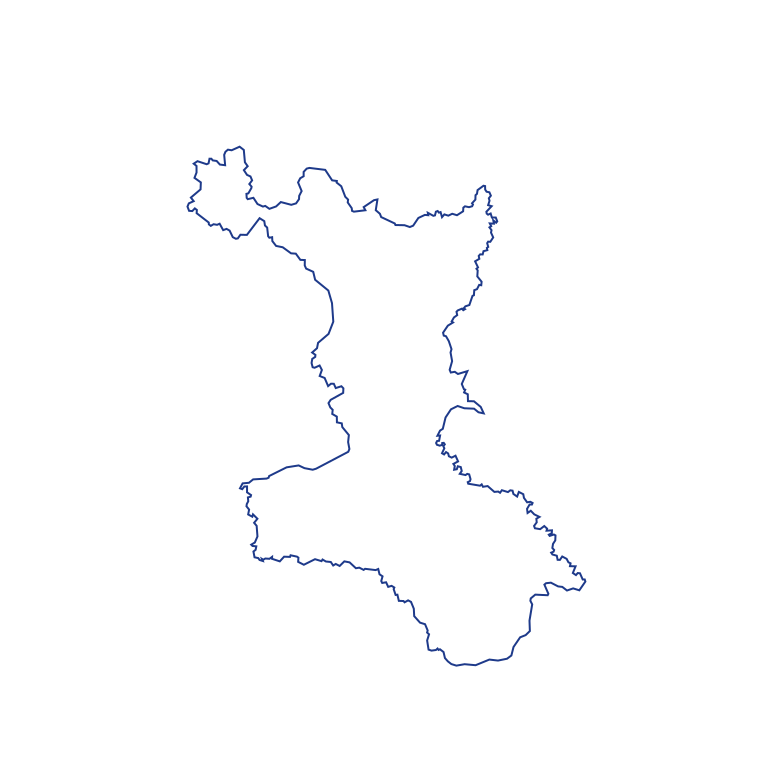 Catalão, Goiás, Brazil, rotated 116°
{"feature_id": "56859067B92835735196425", "entity_name": "Catalão", "entity_type": "district", "adm_level": 2, "iso_a3": "BRA", "parent_name": "Brazil", "parent_adm1": "Goiás", "projection": "albers", "projection_center": [-47.718, -17.979], "detail": "fine", "context": "isolated", "style": "outline", "palette": "blue", "viewbox_px": 768, "rotation_deg": 116, "n_neighbors": 0, "source": "geoboundaries", "source_scale": "gbopen_adm2", "svg_char_len": 6166}
<svg xmlns="http://www.w3.org/2000/svg" viewBox="0 0 768 768"><g transform="rotate(116 384 384)"><path d="M269.4,651.6L270.2,648.1L276.1,645.2L281.8,644.7L283.1,637.0L289.5,634.2L301.1,639.3L303.1,635.2L307.2,638.6L310.7,638.4L313.8,635.1L312.6,632.1L309.1,631.0L309.6,628.5L312.6,627.3L315.7,612.3L317.3,611.4L317.8,609.0L315.1,607.2L314.1,603.8L312.0,602.0L316.2,596.0L313.6,593.5L313.8,590.0L318.3,584.3L318.4,580.8L317.2,579.2L312.8,578.5L310.1,572.6L289.5,568.5L290.1,563.0L293.7,560.5L294.6,557.6L302.0,552.9L302.8,551.2L301.1,548.9L304.5,547.0L307.2,541.5L305.5,535.0L307.3,524.8L305.5,520.4L309.1,513.6L307.3,509.5L312.2,507.2L314.4,504.6L314.2,496.8L320.5,491.6L324.4,475.0L334.1,466.2L350.2,456.9L363.3,455.8L375.9,461.3L381.2,459.9L387.2,462.4L387.9,458.4L389.8,457.7L392.9,459.5L396.9,458.3L400.2,455.5L399.8,453.5L395.6,450.0L398.6,446.0L405.0,445.3L404.6,440.0L410.4,433.3L407.0,431.8L405.8,429.2L408.8,425.6L404.7,421.3L405.7,418.6L409.9,416.8L421.6,425.0L425.5,425.5L428.6,422.0L429.7,418.8L433.6,417.4L434.0,412.1L439.1,409.5L437.9,404.7L441.0,402.6L445.3,393.2L451.9,390.8L457.6,386.6L460.6,386.4L489.9,407.9L492.3,410.5L494.5,418.6L494.6,425.0L501.6,435.0L517.1,446.9L518.8,446.6L520.5,448.1L527.1,459.8L532.0,462.1L535.3,467.5L540.9,467.7L540.7,465.3L537.3,464.6L536.1,462.2L541.4,459.6L542.1,454.8L543.7,454.5L545.6,456.6L548.9,454.6L552.0,454.7L554.2,454.0L556.0,450.2L560.8,448.9L561.0,444.2L558.6,444.6L560.6,438.7L565.7,439.9L567.3,436.3L576.5,430.9L583.1,430.6L586.6,432.9L587.2,431.2L585.9,427.6L589.3,426.7L591.8,427.9L596.5,424.4L595.6,420.7L596.7,418.7L596.2,415.3L594.7,417.0L594.8,415.4L592.9,414.2L591.3,410.3L588.4,408.8L590.2,408.0L589.1,399.9L583.0,398.1L580.6,392.7L578.9,392.9L577.3,386.5L577.6,384.8L581.5,383.2L581.6,376.8L571.7,369.2L570.6,362.5L568.7,362.3L569.0,358.4L567.3,353.8L569.4,350.1L566.9,348.5L567.0,344.1L560.8,341.9L559.4,336.7L561.9,328.5L559.9,325.7L560.0,320.8L558.4,320.0L554.9,309.9L552.8,308.1L557.0,304.6L557.5,301.0L562.3,300.1L563.6,298.4L561.3,295.2L564.5,291.3L562.1,288.7L562.4,285.5L564.1,285.4L568.5,281.1L567.5,279.6L572.4,275.6L570.5,271.3L571.2,269.8L567.9,267.5L568.0,264.2L572.9,258.7L579.4,255.1L582.7,247.0L581.9,241.8L586.4,236.7L588.5,236.3L589.2,233.8L595.6,232.8L603.2,227.5L602.8,224.4L600.3,220.7L598.3,219.9L599.1,218.4L597.9,217.4L598.8,213.0L603.6,209.1L605.3,205.0L606.2,200.7L605.4,195.5L600.5,188.7L596.6,178.4L585.5,168.5L582.6,160.3L577.0,153.0L572.2,150.5L563.6,152.3L552.0,150.6L547.6,146.6L542.1,144.6L532.9,149.5L517.1,154.2L514.7,157.4L512.4,158.1L507.0,155.7L502.1,144.3L500.5,144.3L494.0,151.9L492.0,151.0L489.4,146.9L489.6,138.8L488.2,134.8L489.4,129.0L484.8,124.4L483.8,118.0L473.3,116.4L471.7,117.9L472.6,119.7L468.2,124.9L469.0,127.0L471.6,127.7L471.1,131.4L463.9,131.9L466.2,137.0L463.4,137.7L463.4,140.1L461.1,143.2L460.9,148.2L465.0,148.8L465.9,150.9L462.6,153.4L463.4,157.9L462.3,159.8L460.4,158.1L458.6,158.3L457.6,160.8L453.6,162.0L449.5,161.5L444.9,163.5L444.8,165.3L447.9,168.5L447.2,169.8L444.5,167.8L441.9,168.9L444.6,173.6L442.5,174.0L441.4,177.7L446.0,180.0L447.5,185.1L445.8,186.9L441.4,186.1L438.3,188.0L435.3,186.0L435.3,191.8L433.6,196.5L437.0,198.4L433.5,200.7L428.5,200.3L427.5,198.2L425.8,198.3L425.7,200.8L427.6,203.5L425.0,208.3L422.0,210.5L421.9,215.5L426.8,215.0L426.1,219.5L423.5,221.7L424.2,223.9L426.8,225.2L427.8,231.5L430.9,232.0L430.6,234.2L432.6,237.5L430.3,246.1L433.0,250.0L431.4,252.2L433.3,253.1L436.7,264.6L435.5,265.7L433.6,264.2L431.6,264.5L427.9,267.8L428.3,269.8L430.1,270.8L431.5,276.5L428.1,276.0L425.0,278.6L425.6,281.6L428.7,281.2L430.3,283.4L426.7,284.4L425.4,286.6L421.1,283.5L417.1,288.3L420.5,290.9L420.5,294.0L418.3,295.9L418.0,298.4L421.0,299.1L420.8,301.5L415.3,301.6L413.9,303.4L411.6,302.9L410.7,304.5L411.5,305.8L413.3,305.1L415.0,306.9L415.4,309.8L414.2,311.3L412.0,311.3L410.9,309.6L405.7,311.0L407.1,313.3L401.3,313.2L398.5,311.5L387.1,314.0L377.4,312.7L371.5,308.2L370.6,301.2L366.7,292.2L368.0,286.7L366.7,281.5L362.2,287.0L360.1,295.6L362.6,301.0L356.5,304.2L356.5,308.3L353.5,308.5L353.6,309.9L349.9,314.1L335.9,314.7L342.6,322.0L342.0,325.7L344.4,329.0L342.5,331.2L333.6,332.8L326.5,338.0L323.1,338.6L317.1,344.5L313.9,349.2L314.3,351.5L312.0,353.4L303.6,352.2L298.4,348.9L298.1,350.6L293.5,350.3L290.0,348.4L287.3,350.5L285.6,350.0L282.1,347.0L282.9,345.1L281.2,344.0L280.9,345.5L278.5,344.9L275.6,341.9L266.0,343.1L264.8,342.1L260.1,344.0L258.0,342.0L253.2,341.9L252.6,339.9L249.3,341.1L246.4,347.3L240.8,349.6L239.9,351.4L238.0,350.6L233.8,355.9L229.7,353.2L227.4,355.0L225.3,354.4L224.3,352.1L221.0,352.8L218.4,349.8L216.6,351.2L215.1,350.4L212.2,353.0L210.4,352.8L209.6,350.8L204.4,350.1L201.0,354.2L198.6,354.8L197.0,357.9L195.2,356.8L193.3,359.3L191.7,355.5L189.0,357.5L189.9,353.9L188.2,353.5L185.4,356.5L187.1,360.0L184.0,362.9L186.2,364.7L185.8,366.4L184.3,367.5L177.0,365.2L177.6,368.8L173.0,369.5L171.1,371.2L167.9,370.5L165.5,373.3L166.2,376.1L164.9,378.3L161.8,379.9L162.2,381.5L168.7,384.9L172.3,383.8L174.2,384.5L178.2,382.7L183.0,384.1L183.7,382.7L185.6,382.7L187.8,385.1L188.8,389.1L190.7,390.0L194.1,388.6L200.3,392.4L201.1,397.3L204.5,400.0L205.1,404.1L208.6,405.0L204.7,408.5L205.9,409.7L205.0,411.6L206.4,412.9L210.1,412.1L211.2,413.4L210.9,419.7L212.9,418.2L214.1,421.4L219.7,425.9L228.9,427.2L231.6,429.6L232.3,435.2L236.1,443.4L235.0,444.7L235.2,459.7L232.8,462.3L231.4,467.6L221.0,470.8L223.2,473.6L233.9,479.8L236.0,476.9L242.3,486.6L242.4,488.6L240.1,490.1L236.7,496.2L234.0,497.1L232.7,500.9L225.0,509.1L223.7,514.9L222.2,515.4L223.7,519.9L217.3,530.7L222.5,545.8L224.3,547.9L228.6,549.2L232.5,547.3L235.8,549.5L240.5,549.6L246.7,542.6L252.1,542.7L255.1,541.4L260.2,542.2L263.6,545.9L265.7,556.5L271.7,558.8L276.8,563.8L276.0,568.8L277.6,570.6L277.7,576.6L273.9,583.0L277.6,587.5L276.9,589.0L273.4,591.0L272.1,589.5L266.1,589.1L264.7,589.5L263.3,592.7L258.8,591.8L256.0,595.0L256.1,598.8L253.2,603.7L248.0,602.0L245.7,606.2L235.1,612.6L234.0,617.8L240.7,623.4L241.8,627.0L244.8,628.3L248.1,628.1L257.0,622.7L258.7,627.7L256.9,632.2L258.1,636.0L257.2,637.9L258.0,639.6L262.6,638.4L264.2,639.7L265.5,649.3L269.4,651.6Z" fill="none" stroke="#1e3a8a" stroke-width="2"/></g></svg>